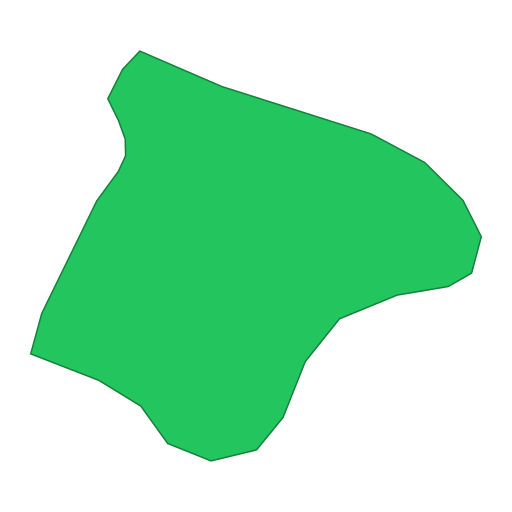 map outline of Hsinchu City (Mercator projection)
{"feature_id": "TWN-1161", "entity_name": "Hsinchu City", "entity_type": "Provincial City", "adm_level": 1, "iso_a3": "TWN", "parent_name": "Taiwan", "parent_adm1": "", "projection": "mercator", "projection_center": [120.949, 24.782], "detail": "fine", "context": "isolated", "style": "filled", "palette": "green", "viewbox_px": 512, "rotation_deg": 0, "n_neighbors": 0, "source": "natural_earth", "source_scale": "10m", "svg_char_len": 459}
<svg xmlns="http://www.w3.org/2000/svg" viewBox="0 0 512 512"><path d="M30.7,353.9L41.8,313.3L96.8,200.8L118.4,171.3L125.6,155.8L125.2,139.0L118.6,120.8L107.8,98.7L122.6,69.3L139.8,51.1L222.0,86.6L371.2,134.0L424.7,162.5L463.0,200.4L481.3,236.7L471.6,273.1L448.3,286.5L397.1,295.1L339.5,318.8L305.3,361.5L283.0,417.5L258.4,447.6L256.5,449.9L211.0,460.9L167.7,443.5L140.8,406.1L98.9,380.4L30.7,353.9Z" fill="#22c55e" stroke="#15803d" stroke-width="1.5"/></svg>